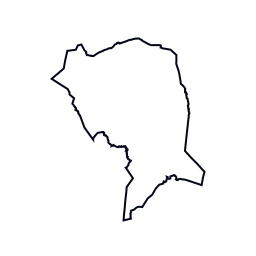 Rennebu nor, Sør-Trøndelag, Norway, rotated 19°
{"feature_id": "86288312B5203152162858", "entity_name": "Rennebu nor", "entity_type": "district", "adm_level": 2, "iso_a3": "NOR", "parent_name": "Norway", "parent_adm1": "Sør-Trøndelag", "projection": "orthographic", "projection_center": [9.897, 62.766], "detail": "fine", "context": "isolated", "style": "outline", "palette": "ink", "viewbox_px": 256, "rotation_deg": 19, "n_neighbors": 0, "source": "geoboundaries", "source_scale": "gbopen_adm2", "svg_char_len": 5529}
<svg xmlns="http://www.w3.org/2000/svg" viewBox="0 0 256 256"><g transform="rotate(19 128 128)"><path d="M216.2,158.0L214.9,149.4L214.7,145.4L214.7,144.7L205.7,139.6L197.3,135.5L189.3,131.1L185.2,113.2L182.9,102.9L181.9,98.5L181.9,98.2L181.8,97.9L181.2,96.0L181.1,94.9L181.3,94.2L181.2,94.1L180.8,93.7L180.6,93.0L180.3,92.8L179.9,92.5L179.6,91.7L179.7,91.3L179.6,90.9L179.4,90.8L179.4,90.6L179.1,90.5L179.1,90.0L178.5,89.6L178.6,89.4L178.4,88.9L178.1,88.5L178.0,88.3L177.7,88.1L177.5,87.7L177.5,87.4L177.3,87.2L177.4,86.8L177.4,86.6L177.6,86.2L177.4,85.8L177.4,85.6L177.4,85.4L177.0,85.0L176.9,84.6L176.6,83.9L176.3,83.7L175.9,83.2L175.7,82.7L175.1,81.4L174.7,80.8L173.9,80.7L173.6,80.5L173.4,80.0L173.4,79.9L173.3,79.4L172.5,78.2L172.5,77.5L172.1,77.1L172.2,76.9L172.5,76.8L172.4,76.6L172.0,76.5L171.4,75.5L170.8,75.8L170.7,75.6L170.2,75.5L170.1,75.1L170.1,74.7L169.9,74.4L169.6,73.7L169.5,73.3L169.5,72.8L169.3,72.6L169.4,72.4L168.5,71.5L167.4,70.8L167.1,70.6L166.4,70.3L165.6,69.8L165.4,69.6L164.0,69.3L163.5,68.9L163.1,67.9L160.8,63.6L158.7,59.8L157.3,57.6L152.7,51.6L152.2,49.8L151.0,46.1L150.3,44.4L150.1,43.3L142.7,40.1L135.5,41.3L132.6,41.3L132.4,39.8L132.3,39.5L132.0,39.3L131.4,39.2L122.9,42.1L121.5,42.1L118.6,41.8L118.2,41.6L116.0,41.4L115.4,41.2L113.8,41.0L113.2,40.9L112.8,40.5L112.2,40.2L111.3,40.2L111.0,40.3L109.3,39.8L108.3,40.1L108.0,40.2L107.8,40.4L107.2,40.7L106.8,40.6L106.4,40.8L106.2,41.0L104.0,42.2L102.4,43.5L101.5,43.8L100.1,44.7L98.3,46.4L97.4,47.0L96.9,47.6L96.6,47.7L95.2,48.8L94.8,49.0L94.5,49.4L93.6,50.2L93.4,50.1L93.1,50.4L92.5,50.5L91.3,50.4L91.3,50.6L91.1,50.6L90.9,50.7L91.0,50.8L90.9,50.8L90.6,50.9L90.1,51.2L89.8,52.0L89.6,52.3L88.7,53.1L88.3,53.5L88.1,54.1L87.9,55.1L86.4,57.8L86.2,58.0L85.5,58.1L85.4,58.2L84.9,58.4L83.5,59.3L82.8,60.1L81.4,61.3L80.1,62.0L79.8,62.6L79.5,63.0L75.9,66.1L73.4,69.2L71.9,71.3L69.8,71.6L69.8,71.8L66.6,72.1L65.4,72.0L65.2,72.3L64.0,70.9L63.9,69.9L61.4,68.6L56.8,64.3L53.7,66.2L53.2,71.0L45.5,74.8L46.6,84.5L47.9,92.7L39.8,106.4L58.3,110.8L61.3,113.7L61.5,114.8L62.2,115.5L67.3,117.4L67.5,123.2L69.1,124.0L70.0,124.8L70.6,125.4L71.0,125.2L72.3,126.2L72.7,127.0L72.4,127.2L72.5,127.5L72.4,127.7L72.4,127.9L72.6,127.9L73.1,128.2L73.7,128.2L74.5,128.4L74.7,128.2L75.1,128.3L75.3,128.7L75.5,128.7L75.7,128.9L75.7,129.2L75.9,129.6L76.1,129.7L76.1,130.0L76.4,130.4L76.4,130.5L77.0,130.7L77.6,131.4L77.8,131.4L78.4,131.7L78.8,132.4L79.3,132.7L86.7,141.8L98.9,150.4L98.6,149.6L98.5,148.3L98.7,147.8L99.1,147.4L99.3,146.4L100.4,143.5L101.1,142.4L105.7,139.8L106.1,139.8L106.3,140.0L106.6,140.1L106.7,140.4L107.1,140.5L107.1,140.8L107.2,141.0L107.3,141.3L107.2,141.3L107.3,141.4L107.2,141.5L107.2,141.8L107.3,142.1L107.8,142.6L108.3,142.6L108.6,142.5L108.9,142.1L109.4,142.2L110.4,142.7L110.4,142.9L110.6,142.9L111.5,143.3L111.8,143.7L111.8,143.9L112.0,144.3L112.1,144.5L112.3,145.0L112.9,145.5L113.1,145.9L113.5,146.1L113.5,146.4L113.7,146.5L113.8,146.8L114.0,147.3L114.0,147.8L114.5,148.4L116.0,149.0L116.6,149.0L116.8,149.2L117.7,149.5L118.0,149.8L118.7,149.6L118.5,149.9L118.5,150.2L119.1,149.6L119.5,149.7L119.8,149.4L119.6,149.0L119.7,148.8L119.8,148.7L120.3,149.1L120.8,149.2L121.1,149.3L121.6,149.2L122.1,149.4L123.3,149.4L123.8,149.5L125.0,149.4L125.3,149.1L125.4,148.4L125.7,148.1L125.9,148.1L126.3,148.3L126.4,148.2L126.6,148.0L127.2,147.8L127.4,147.9L127.5,148.2L127.8,148.3L127.9,148.2L128.1,147.8L128.1,147.4L129.0,147.5L129.9,147.1L130.0,146.9L129.8,146.8L129.9,146.6L130.6,146.8L130.6,146.7L130.9,146.3L131.1,146.1L131.5,146.2L131.7,146.6L132.0,146.7L132.2,146.8L132.2,147.1L131.9,147.1L131.9,147.3L132.0,147.4L132.3,147.4L132.6,147.1L132.8,147.1L133.0,147.6L132.8,147.9L132.8,148.1L133.0,148.2L133.2,147.9L133.3,147.9L133.5,148.4L133.5,148.5L133.8,148.2L134.1,148.3L134.0,148.6L133.7,148.7L133.7,148.8L133.8,148.9L134.0,148.7L134.2,148.8L134.1,149.1L134.5,148.8L134.7,148.7L134.8,149.0L134.5,149.6L134.5,149.8L134.4,150.6L134.3,151.0L134.6,151.1L135.0,151.7L135.0,152.3L135.4,152.7L135.4,152.8L135.3,153.0L135.7,153.4L135.8,153.9L136.0,154.5L136.2,154.8L136.4,155.1L136.6,155.5L136.9,155.3L137.1,155.3L137.1,155.9L137.0,156.3L137.9,156.6L138.0,156.7L138.1,157.1L138.5,157.0L138.9,157.4L139.2,157.6L139.9,157.5L140.6,158.0L141.1,158.2L141.4,158.1L141.4,158.3L141.2,158.6L141.1,159.0L140.7,159.4L140.5,159.9L140.4,160.6L140.3,161.0L140.2,161.5L140.3,162.2L140.4,162.9L140.2,163.2L140.2,163.8L139.9,164.7L139.7,165.0L139.7,165.3L139.5,166.0L138.9,166.3L149.0,173.9L146.0,184.3L147.2,188.9L149.4,198.7L151.0,205.0L152.4,211.1L153.9,216.8L160.3,212.7L159.8,212.1L159.7,212.0L159.6,211.9L159.5,211.6L159.5,211.3L159.5,211.2L159.1,210.8L159.0,210.5L159.0,210.2L158.8,209.7L158.7,209.3L158.6,208.8L158.4,208.6L158.2,208.2L158.1,207.9L158.2,207.4L157.9,205.1L160.3,203.3L161.9,200.4L163.8,198.9L167.2,198.1L167.2,197.5L167.3,197.2L167.5,197.1L167.6,196.8L167.6,196.4L169.6,188.0L172.6,183.3L174.0,176.0L176.0,171.4L179.0,169.4L179.3,169.1L179.1,168.1L179.1,167.8L179.1,166.9L179.4,166.9L179.5,167.5L180.1,167.4L180.0,166.8L180.5,166.7L181.1,166.5L181.5,166.1L181.2,163.8L181.3,163.4L181.4,163.0L181.2,162.7L181.2,162.0L181.1,161.8L180.8,161.5L181.5,161.5L181.6,162.3L181.8,162.6L181.9,163.0L183.3,162.7L184.5,162.1L183.9,159.9L186.0,158.3L186.5,158.0L186.6,157.7L187.1,157.5L187.7,157.6L188.0,158.1L188.6,158.0L189.0,158.2L189.7,158.9L190.2,159.8L190.3,160.2L190.1,160.5L190.3,160.9L190.2,161.0L190.7,161.3L191.1,161.3L192.0,161.1L192.1,160.6L192.6,160.0L192.7,159.7L193.0,159.4L199.3,158.2L216.2,158.0Z" fill="none" stroke="#020617" stroke-width="2"/></g></svg>